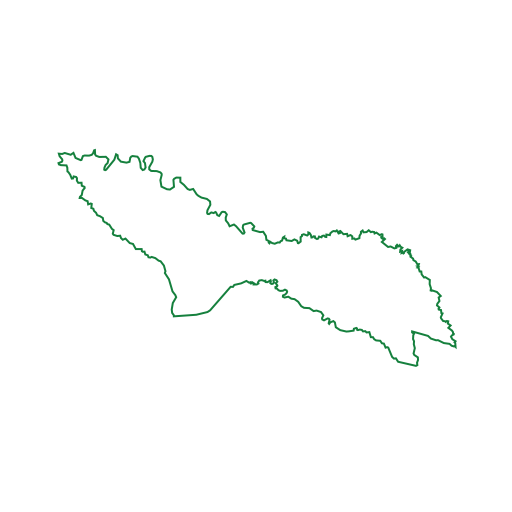 the district of Quinsaloma, Los Rios, Ecuador, rotated 102°
{"feature_id": "8360857B59163426869713", "entity_name": "Quinsaloma", "entity_type": "district", "adm_level": 2, "iso_a3": "ECU", "parent_name": "Ecuador", "parent_adm1": "Los Rios", "projection": "orthographic", "projection_center": [-79.358, -1.146], "detail": "fine", "context": "isolated", "style": "outline", "palette": "green", "viewbox_px": 512, "rotation_deg": 102, "n_neighbors": 0, "source": "geoboundaries", "source_scale": "gbopen_adm2", "svg_char_len": 6085}
<svg xmlns="http://www.w3.org/2000/svg" viewBox="0 0 512 512"><g transform="rotate(102 256 256)"><path d="M303.5,41.9L299.7,43.0L299.2,43.8L297.9,43.1L296.6,46.6L294.4,48.5L293.1,48.0L291.6,46.3L291.0,46.4L290.8,47.1L289.5,47.5L288.2,48.8L286.3,52.9L283.5,51.2L282.2,54.3L279.9,54.4L279.9,55.8L281.0,56.7L280.5,57.4L280.7,59.4L278.5,62.0L277.5,62.5L273.4,61.6L273.3,62.8L270.4,63.8L270.4,66.1L269.7,66.5L268.2,65.9L266.7,68.7L265.0,68.7L261.9,67.2L258.6,68.7L256.7,67.0L253.6,71.5L253.0,76.5L253.5,76.8L253.4,78.0L251.1,78.2L247.4,80.3L243.3,81.0L241.5,86.0L242.1,87.1L239.6,90.1L236.8,91.1L237.1,92.7L233.7,94.6L233.7,95.4L232.8,94.7L232.4,95.8L232.1,95.2L230.1,95.0L230.5,96.5L228.2,98.6L227.3,101.2L225.9,101.8L224.6,104.7L223.7,104.3L223.2,105.2L222.2,105.1L221.5,105.8L222.5,107.3L221.7,106.6L221.0,107.8L219.9,106.3L218.3,106.4L218.1,108.2L219.4,108.2L218.3,109.4L221.4,112.1L222.4,111.9L222.9,112.4L222.2,113.4L222.8,114.2L220.8,114.2L221.8,115.9L219.7,116.1L217.5,114.6L216.9,116.4L215.7,117.6L216.8,118.0L217.4,119.6L216.2,119.5L215.7,120.3L217.3,121.2L218.9,120.5L219.8,122.2L218.7,126.3L219.7,128.7L216.1,135.8L212.6,133.4L212.0,134.5L212.8,135.9L212.1,137.2L211.4,137.5L210.6,136.3L208.6,136.8L208.5,137.5L209.8,139.3L208.1,143.1L209.3,144.7L208.0,145.4L208.1,147.4L208.8,148.6L207.4,151.1L209.6,152.8L210.5,155.8L208.9,157.0L210.5,158.4L212.2,158.0L214.6,158.9L217.1,158.6L219.3,162.2L218.4,163.4L219.1,165.4L216.8,165.9L216.1,167.3L215.9,168.0L217.6,170.5L215.4,171.5L216.5,175.0L214.0,178.7L214.6,179.6L216.2,178.8L216.8,179.9L214.2,182.3L215.4,183.3L215.4,185.1L216.1,186.3L218.3,188.0L220.2,188.1L220.4,191.6L222.8,191.2L222.9,192.3L221.9,193.8L222.6,195.4L224.1,195.8L223.9,198.4L226.0,198.8L226.7,199.9L226.1,201.9L224.6,202.5L224.8,203.9L225.9,204.4L226.4,205.6L223.9,206.8L222.3,208.5L222.1,209.7L224.1,209.3L225.3,210.2L224.8,213.8L225.8,215.4L227.0,215.2L228.3,216.3L232.6,215.3L234.7,217.1L234.7,217.7L232.5,218.9L231.8,221.9L233.9,224.2L234.3,229.5L232.8,230.3L232.8,232.3L231.3,232.4L232.4,233.5L235.5,233.7L236.4,235.0L237.9,235.6L238.2,237.5L240.1,240.2L240.0,242.9L239.2,244.9L240.8,245.5L240.2,246.4L238.7,246.6L238.0,249.2L234.3,250.5L230.8,254.0L231.8,257.0L231.3,264.6L230.0,265.1L228.8,264.0L227.4,263.8L224.8,267.6L224.7,268.5L227.7,274.3L228.6,275.0L231.0,274.9L235.4,272.1L236.6,272.6L236.9,273.8L231.0,281.7L229.8,284.1L232.4,288.0L229.8,290.0L227.5,292.9L224.8,293.6L221.4,293.2L219.5,295.4L219.6,297.6L220.3,298.7L224.5,300.4L224.1,302.3L221.7,304.1L221.4,304.9L222.8,306.3L222.7,308.8L224.8,310.7L224.9,312.1L224.0,312.8L221.4,313.0L215.4,311.3L212.2,312.3L210.4,315.9L210.2,321.5L209.1,324.9L208.0,326.9L203.5,331.4L205.1,334.5L204.7,336.8L201.4,341.3L199.3,345.4L195.1,346.3L195.9,350.3L197.5,352.1L198.7,352.6L205.4,350.6L208.9,354.0L209.2,357.0L207.8,362.9L201.7,365.3L196.2,365.1L195.1,365.5L194.1,366.9L193.6,370.7L194.6,376.2L193.5,378.4L191.3,378.9L185.3,377.0L182.9,377.0L180.5,378.1L179.9,379.2L180.2,381.0L181.9,384.4L182.7,384.9L186.6,385.8L188.2,383.9L192.4,382.4L194.6,383.2L195.5,384.7L193.7,387.1L189.0,388.5L185.1,390.8L183.5,392.6L183.9,397.5L184.6,398.6L186.0,399.4L190.2,399.3L191.6,402.1L191.8,407.8L189.2,411.4L186.2,412.3L185.6,414.0L191.3,414.6L202.8,420.5L203.4,421.4L203.1,422.4L201.0,422.6L198.2,422.0L196.0,420.5L192.2,420.4L190.2,423.5L191.7,429.9L191.2,433.3L190.1,434.5L185.9,435.6L186.3,436.3L189.3,436.7L191.2,437.7L192.5,440.1L193.4,444.7L194.3,446.1L198.3,446.7L198.7,447.4L197.6,452.9L193.1,456.0L195.5,458.3L195.0,464.5L196.5,466.8L196.9,470.1L199.3,468.8L201.7,465.7L203.0,465.2L204.2,465.5L206.2,468.5L207.4,467.8L207.7,465.8L206.8,460.2L208.9,458.9L212.5,458.0L213.0,456.9L215.2,454.6L218.6,452.3L218.2,451.1L216.1,450.9L216.1,448.4L217.1,447.3L219.5,446.9L221.4,445.1L220.6,441.9L223.5,441.0L224.0,438.2L225.1,437.7L228.0,439.2L232.6,439.1L234.8,440.5L235.9,440.5L235.4,438.3L237.1,434.5L237.4,432.1L240.4,430.9L239.0,428.6L239.2,427.5L243.3,427.1L243.6,424.9L245.5,423.9L247.0,421.4L249.1,419.8L249.5,416.9L250.7,413.7L253.4,412.7L254.5,410.7L254.7,408.9L255.7,408.0L255.8,406.1L259.4,402.6L260.3,400.6L264.0,400.7L264.9,399.7L265.3,395.8L264.4,393.1L266.5,391.8L267.8,389.7L266.1,387.3L269.6,382.2L269.8,378.8L274.2,375.0L273.0,369.3L275.0,368.6L275.4,367.6L274.9,366.0L277.5,364.6L277.8,362.0L279.6,360.9L279.5,359.0L278.6,357.9L279.0,354.0L280.8,350.3L281.0,348.2L284.5,344.1L289.7,341.4L291.6,341.6L296.9,336.3L308.0,330.3L311.0,326.8L312.9,325.5L319.3,327.6L325.9,327.3L329.1,326.2L331.1,324.0L332.1,323.8L325.9,302.2L320.9,291.8L318.7,289.6L291.4,274.4L291.0,272.1L288.8,271.2L285.9,264.9L282.4,260.2L283.5,257.2L282.9,256.2L284.0,255.5L283.8,254.9L282.4,254.4L283.1,252.4L283.5,252.8L283.6,252.1L284.3,252.2L283.7,249.3L282.4,247.9L281.4,248.6L279.3,247.7L278.4,245.3L278.7,242.8L278.2,241.7L279.5,241.2L279.2,239.3L276.7,236.7L277.6,236.2L279.5,236.4L280.1,235.2L279.7,233.8L278.2,232.9L276.3,233.9L275.1,233.0L275.4,230.9L276.7,229.8L278.5,231.1L280.3,229.0L281.0,229.0L282.4,230.6L283.6,230.1L283.5,228.8L284.8,226.9L285.1,225.1L284.4,222.5L282.9,220.7L283.4,218.8L284.5,218.1L285.7,218.3L287.5,219.3L289.0,221.4L290.3,221.2L290.7,219.5L289.1,215.9L290.4,212.6L290.2,209.3L292.0,205.2L295.7,201.3L296.7,198.3L295.9,192.9L297.9,188.2L296.8,185.4L297.3,180.8L300.0,177.8L303.1,178.5L304.3,178.0L304.8,176.1L302.2,173.0L302.2,171.7L303.0,170.8L306.7,170.9L307.2,170.3L305.4,169.5L303.6,166.8L304.6,165.0L309.1,163.1L311.0,158.2L311.1,151.9L310.5,149.8L308.7,145.0L306.8,145.1L305.5,142.9L305.8,142.2L307.2,141.7L307.3,140.9L306.4,139.2L306.3,137.1L307.5,135.7L306.8,133.4L307.8,132.0L306.9,129.3L311.5,126.8L311.1,124.7L312.8,123.1L313.6,121.0L313.1,116.8L315.2,114.7L315.1,112.7L318.7,110.2L317.9,108.8L318.1,107.6L326.4,101.9L327.7,99.7L327.0,97.9L329.9,95.0L330.2,76.7L329.2,75.5L326.9,76.3L324.0,75.9L321.5,76.6L319.9,80.6L318.6,81.6L313.1,81.5L309.5,83.3L306.5,83.7L304.6,85.1L300.8,85.7L299.2,85.3L298.3,87.4L297.3,87.6L298.4,71.1L300.4,67.8L301.0,62.4L300.5,60.4L302.1,54.2L301.7,48.4L303.1,46.0L303.3,43.7L302.8,43.2L303.5,41.9Z" fill="none" stroke="#15803d" stroke-width="2"/></g></svg>